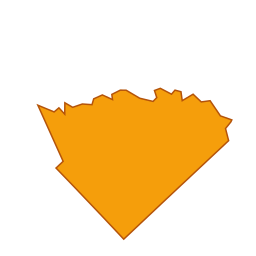 Upson, Georgia, United States of America (Equal Earth projection), rotated 136°
{"feature_id": "52423323B58492506722006", "entity_name": "Upson", "entity_type": "district", "adm_level": 2, "iso_a3": "USA", "parent_name": "United States of America", "parent_adm1": "Georgia", "projection": "equal_earth", "projection_center": [-84.356, 32.842], "detail": "fine", "context": "isolated", "style": "filled", "palette": "amber", "viewbox_px": 256, "rotation_deg": 136, "n_neighbors": 0, "source": "geoboundaries", "source_scale": "gbopen_adm2", "svg_char_len": 600}
<svg xmlns="http://www.w3.org/2000/svg" viewBox="0 0 256 256"><g transform="rotate(136 128 128)"><path d="M144.2,177.0L153.4,181.3L155.9,190.0L163.9,181.9L163.7,190.5L170.0,190.9L177.0,207.0L197.8,149.1L207.6,149.2L207.6,123.9L207.9,80.9L208.3,51.0L150.4,50.3L64.4,49.0L58.2,59.9L49.9,60.9L47.7,61.7L53.1,72.5L50.0,90.6L57.2,95.9L57.7,107.1L70.0,110.0L64.7,117.3L67.9,122.6L73.2,122.1L77.2,134.1L82.9,136.6L86.2,129.9L91.5,129.7L98.9,141.3L103.1,156.5L107.3,160.6L116.3,163.4L119.4,159.2L123.5,169.6L132.4,172.8L137.7,169.8L144.2,177.0Z" fill="#f59e0b" stroke="#b45309" stroke-width="1.5"/></g></svg>